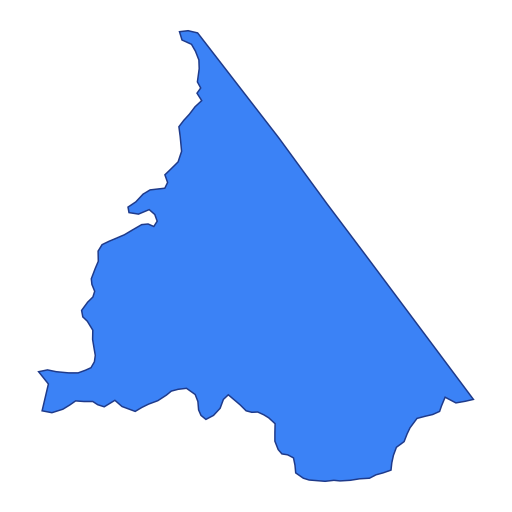 Graça Aranha, Maranhão, Brazil
{"feature_id": "56859067B94805674111832", "entity_name": "Graça Aranha", "entity_type": "district", "adm_level": 2, "iso_a3": "BRA", "parent_name": "Brazil", "parent_adm1": "Maranhão", "projection": "mercator", "projection_center": [-44.344, -5.391], "detail": "fine", "context": "isolated", "style": "filled", "palette": "blue", "viewbox_px": 512, "rotation_deg": 0, "n_neighbors": 0, "source": "geoboundaries", "source_scale": "gbopen_adm2", "svg_char_len": 1720}
<svg xmlns="http://www.w3.org/2000/svg" viewBox="0 0 512 512"><path d="M179.5,31.7L182.0,40.0L191.5,44.3L195.5,51.3L198.9,60.0L199.2,68.7L197.4,81.9L200.7,88.0L197.0,93.2L201.7,100.6L195.1,106.7L189.4,114.2L183.8,120.3L178.9,126.7L180.2,136.6L181.6,151.3L178.1,161.9L171.0,168.9L164.9,174.8L167.6,182.5L164.8,188.2L150.1,189.9L143.1,194.1L135.8,201.9L128.0,207.1L129.0,212.6L138.5,214.1L149.2,209.6L154.8,214.5L157.2,221.2L153.8,226.5L148.1,224.0L141.7,224.6L132.7,229.8L124.3,234.8L109.2,241.2L102.1,244.6L98.1,251.1L98.3,261.3L95.3,268.3L91.3,278.8L91.9,284.4L94.7,291.3L92.9,297.0L87.7,302.1L81.6,310.4L82.8,316.9L87.3,321.2L92.8,330.2L92.6,339.4L94.0,347.9L95.3,355.4L94.4,361.8L91.0,367.7L85.5,370.2L78.1,372.9L68.7,372.9L56.2,371.7L47.5,369.9L38.6,371.7L48.4,384.0L42.1,410.8L51.9,412.7L62.9,409.2L69.9,404.9L75.6,400.9L83.8,401.5L92.8,401.5L97.7,404.7L104.2,406.8L114.9,400.3L122.0,406.5L135.2,411.4L141.9,407.4L148.6,404.1L157.8,400.7L166.4,395.1L171.3,391.1L178.1,389.3L186.5,388.3L195.2,394.5L197.9,401.5L198.6,409.9L201.0,415.4L205.9,419.4L213.5,415.4L220.1,408.3L223.4,399.4L228.3,394.8L240.2,404.9L246.1,410.8L251.8,412.3L257.7,412.0L263.8,414.8L268.7,417.8L275.1,423.7L274.9,432.7L274.9,441.2L278.2,449.6L281.9,453.9L287.6,454.8L293.5,457.9L295.0,465.3L295.7,472.9L303.3,478.2L309.1,480.0L325.1,481.3L333.9,480.3L340.0,480.9L350.2,480.3L359.6,478.8L369.5,478.2L376.0,474.8L383.0,472.9L391.0,470.1L391.8,462.8L393.4,455.4L396.4,447.3L404.1,441.6L407.1,433.9L410.0,427.8L417.0,418.4L425.0,416.3L432.7,414.5L439.6,411.4L441.5,405.9L445.1,397.2L455.9,402.9L465.1,401.3L473.4,399.4L363.7,252.6L326.9,203.7L278.8,137.9L197.6,32.9L188.1,30.7L179.5,31.7Z" fill="#3b82f6" stroke="#1e3a8a" stroke-width="1.5"/></svg>